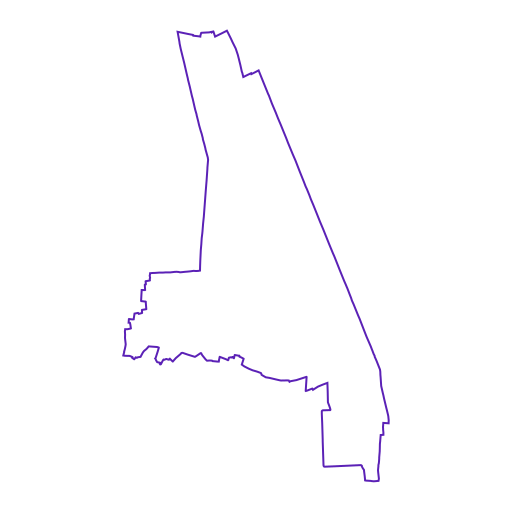 outline of Phutthamonthon, Nakhon Pathom, Thailand
{"feature_id": "78962969B43033268258309", "entity_name": "Phutthamonthon", "entity_type": "district", "adm_level": 2, "iso_a3": "THA", "parent_name": "Thailand", "parent_adm1": "Nakhon Pathom", "projection": "natural_earth1", "projection_center": [100.276, 13.834], "detail": "fine", "context": "isolated", "style": "outline", "palette": "violet", "viewbox_px": 512, "rotation_deg": 0, "n_neighbors": 0, "source": "geoboundaries", "source_scale": "gbopen_adm2", "svg_char_len": 5749}
<svg xmlns="http://www.w3.org/2000/svg" viewBox="0 0 512 512"><path d="M348.8,292.1L347.3,288.2L346.8,287.1L345.9,284.9L344.1,280.8L342.2,276.1L339.6,269.7L336.2,261.1L334.2,256.1L332.9,253.2L329.1,244.0L323.3,229.5L320.0,221.7L316.7,213.4L313.2,204.7L310.9,199.3L309.3,195.0L306.8,188.9L305.7,186.6L303.7,181.4L299.8,171.7L295.5,160.6L292.8,154.4L288.0,142.8L286.2,138.1L283.7,132.0L280.9,125.1L278.0,118.3L275.8,112.7L271.9,103.5L268.9,95.5L268.1,93.9L258.6,70.4L254.6,72.5L251.4,74.1L251.1,73.2L243.3,77.0L242.3,72.9L241.8,71.6L240.4,65.2L238.8,58.7L237.8,54.8L235.7,48.5L232.5,42.1L230.8,38.4L227.8,32.4L226.9,30.7L221.4,33.5L215.1,36.6L213.4,31.5L213.2,31.4L213.1,31.5L211.7,32.4L211.6,32.5L211.5,32.4L211.3,32.1L211.2,31.9L209.1,32.4L206.7,32.5L201.4,32.8L201.2,32.9L200.4,35.6L200.3,36.6L198.6,36.3L193.3,35.7L193.1,35.6L193.1,35.0L192.9,34.9L188.2,34.0L177.6,31.8L179.4,41.8L179.6,43.5L180.3,46.9L180.7,48.8L182.2,54.9L184.1,62.5L186.5,73.0L186.9,74.7L187.3,76.4L187.8,78.4L188.0,79.7L189.7,86.3L191.9,95.9L192.7,98.8L194.0,104.5L194.4,106.3L195.2,109.7L196.5,114.2L196.7,115.4L198.2,121.3L199.1,125.2L200.7,130.8L201.7,133.9L202.3,136.3L202.8,138.2L202.9,139.4L203.0,139.7L204.1,143.4L204.7,145.7L205.3,148.1L205.6,149.7L207.7,157.2L207.8,157.6L208.0,159.2L208.1,159.8L207.4,167.9L207.4,168.8L207.1,173.1L206.6,180.4L205.8,190.2L203.8,216.9L203.1,223.5L202.9,226.2L202.5,231.2L202.3,233.3L201.7,238.2L201.3,244.4L200.8,250.1L200.3,260.4L200.1,266.1L200.0,270.6L198.3,270.9L196.7,271.0L195.6,271.0L194.2,270.9L193.3,270.9L190.5,271.3L188.7,271.5L184.2,271.9L180.5,272.3L179.4,272.2L178.9,272.0L177.9,271.9L176.5,271.8L174.6,271.9L170.3,272.4L169.0,272.4L165.6,272.4L162.9,272.6L159.3,272.6L155.2,272.9L152.4,273.0L150.1,273.2L150.0,274.3L149.8,275.4L149.7,275.7L150.1,277.9L150.0,278.1L149.9,278.4L149.8,278.6L149.9,280.4L149.8,280.5L145.7,281.2L145.6,281.3L145.9,284.2L145.8,284.4L144.9,284.6L144.8,284.8L145.1,290.0L144.9,290.1L141.7,290.0L141.4,295.0L141.1,300.9L141.3,301.1L145.6,301.6L145.8,301.8L145.8,302.9L146.3,309.1L146.2,309.2L142.0,309.9L141.9,310.1L142.1,312.8L142.0,313.0L138.8,313.9L138.7,313.9L138.3,313.1L138.2,313.0L138.0,312.9L134.5,313.6L133.7,319.1L133.7,319.3L133.1,319.4L132.1,319.4L129.0,319.0L128.9,319.1L128.6,322.7L129.1,322.7L129.9,322.8L130.0,323.0L130.4,324.9L130.9,328.4L130.8,328.5L127.5,329.2L125.3,329.2L125.2,329.2L125.2,329.3L124.9,331.2L125.1,334.7L125.0,337.7L125.1,339.0L125.7,344.2L125.5,345.8L125.0,348.3L124.8,349.2L124.1,351.7L124.2,352.0L123.3,355.5L125.0,355.8L129.5,355.9L130.2,356.1L132.3,357.0L132.5,357.2L132.2,357.8L132.3,357.9L134.1,359.2L134.3,359.2L135.7,357.3L135.8,357.3L136.6,357.8L136.9,357.8L137.8,357.3L138.1,357.2L138.4,357.2L140.3,356.9L140.5,356.9L142.7,352.8L143.0,352.3L144.1,350.9L146.1,349.3L147.1,348.3L148.7,346.4L148.8,346.4L157.0,347.0L158.7,347.5L158.8,347.6L158.8,347.8L158.4,349.2L157.5,352.2L155.7,357.7L155.4,358.3L155.2,358.5L155.6,359.0L155.9,359.9L157.0,361.9L157.2,362.1L157.4,362.2L157.5,362.2L160.0,362.7L160.2,362.8L159.8,363.8L160.2,364.4L160.5,364.4L160.9,364.2L162.9,360.4L163.4,359.7L163.5,359.6L163.9,359.8L164.2,359.8L166.2,359.0L166.4,359.0L168.6,359.7L169.0,359.7L169.6,358.8L169.8,358.7L170.1,359.0L172.7,361.5L172.8,361.5L175.8,358.1L180.7,353.9L181.4,353.0L182.0,352.9L182.3,352.9L182.8,352.9L187.7,354.6L194.8,356.8L195.0,356.8L196.2,356.1L200.5,353.2L200.8,353.1L201.0,353.1L201.2,353.3L201.3,353.4L201.5,353.9L201.9,354.7L202.7,355.8L205.6,359.4L207.0,360.7L207.8,360.7L208.4,360.6L209.1,360.5L211.8,360.6L212.1,360.7L212.5,361.1L215.7,361.4L217.8,361.6L218.7,361.6L218.8,361.6L219.1,359.5L219.5,358.0L219.5,357.5L219.6,357.1L219.7,356.9L219.9,356.9L225.9,359.2L228.0,360.2L228.3,360.0L228.8,358.0L228.9,357.9L229.0,357.7L230.7,357.3L231.0,357.3L231.7,357.5L231.9,357.5L232.0,357.5L232.4,357.0L232.6,357.0L232.8,357.0L233.7,358.1L233.9,358.2L234.0,358.1L234.7,355.1L234.8,355.0L238.7,355.7L239.3,355.7L239.4,355.8L239.4,356.6L239.5,356.7L241.2,357.4L243.6,358.7L243.6,358.9L241.8,364.6L244.3,366.4L248.8,368.7L252.6,370.3L256.4,371.4L257.9,371.9L260.8,373.0L261.1,373.3L261.2,373.5L261.6,374.8L261.8,374.9L262.0,375.1L265.6,377.2L265.8,377.3L269.5,377.9L275.8,379.4L280.2,380.4L280.9,380.5L281.7,380.5L287.3,380.4L288.8,380.5L289.5,381.8L289.7,381.7L290.1,381.4L290.6,381.2L296.4,380.1L306.3,376.9L306.5,376.9L306.6,377.0L305.7,390.9L305.8,391.0L307.4,390.5L312.2,388.6L312.4,388.6L313.0,389.8L318.0,386.6L322.8,384.6L327.4,382.9L327.7,391.7L327.9,401.5L327.9,402.1L328.0,402.5L328.2,403.1L329.2,405.7L329.9,407.7L330.3,409.1L330.4,409.8L330.2,410.1L323.4,410.3L322.6,410.4L322.3,410.6L321.9,411.0L321.8,411.3L321.8,413.7L322.2,423.2L322.7,439.5L322.7,441.1L323.5,465.1L323.6,465.8L323.8,466.2L324.0,466.5L324.3,466.6L324.7,466.7L334.6,466.3L360.9,465.1L361.8,465.7L361.8,465.8L361.8,466.3L362.5,467.7L363.3,469.0L363.8,469.6L364.0,470.1L364.1,471.4L364.7,476.1L365.1,480.2L365.1,480.4L366.0,480.6L370.7,480.9L371.8,481.1L373.8,481.3L378.4,480.9L378.5,480.9L378.9,478.7L378.5,475.2L378.2,472.5L378.0,470.2L378.4,466.2L378.4,465.1L378.9,462.9L378.9,462.3L379.0,461.6L379.2,458.8L379.2,457.5L379.4,455.1L379.7,451.7L379.8,448.8L379.9,443.9L380.2,441.1L380.2,440.9L380.7,435.0L383.4,434.8L383.4,432.5L383.1,429.6L383.1,428.5L383.0,427.2L383.1,425.9L383.2,424.5L383.3,422.9L388.6,423.3L388.7,420.4L388.3,416.3L388.0,414.8L386.7,409.4L386.4,408.3L384.0,398.3L383.4,395.4L382.8,393.0L381.2,386.0L380.6,377.1L380.4,374.8L380.3,371.8L380.0,369.6L376.6,361.0L375.2,357.8L374.9,357.3L374.7,356.6L374.6,355.8L374.4,355.4L373.6,353.9L373.4,353.3L372.9,352.0L372.4,350.6L372.0,349.7L370.8,346.5L366.5,336.6L364.2,330.7L359.6,318.8L358.1,315.4L353.6,304.3L351.9,300.5L351.1,298.0L349.6,294.2L348.8,292.1Z" fill="none" stroke="#5b21b6" stroke-width="2"/></svg>